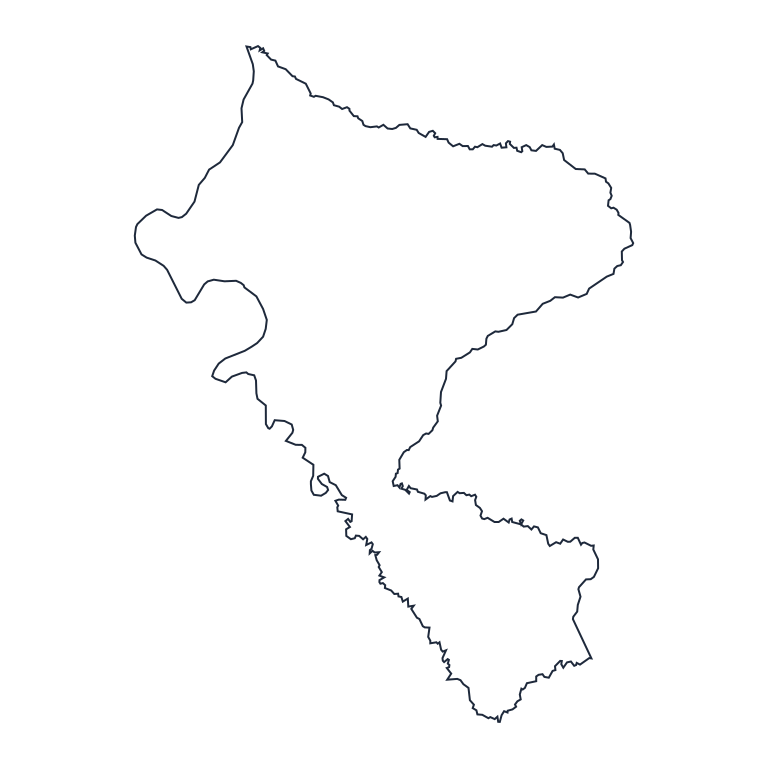 Carolina, Maranhão, Brazil (Robinson projection)
{"feature_id": "56859067B38321645183577", "entity_name": "Carolina", "entity_type": "district", "adm_level": 2, "iso_a3": "BRA", "parent_name": "Brazil", "parent_adm1": "Maranhão", "projection": "robinson", "projection_center": [-47.173, -7.453], "detail": "fine", "context": "isolated", "style": "outline", "palette": "slate", "viewbox_px": 768, "rotation_deg": 0, "n_neighbors": 0, "source": "geoboundaries", "source_scale": "gbopen_adm2", "svg_char_len": 6098}
<svg xmlns="http://www.w3.org/2000/svg" viewBox="0 0 768 768"><path d="M167.1,269.8L181.7,298.8L186.3,302.6L191.1,302.3L194.7,300.2L204.2,284.4L207.7,281.4L213.8,279.7L224.5,281.3L236.1,280.8L240.8,282.9L243.7,285.2L244.4,287.4L256.4,296.4L263.1,309.0L266.8,319.9L265.7,328.9L263.1,336.7L257.1,343.1L251.5,346.8L244.8,350.8L225.3,358.5L218.7,363.6L214.1,370.6L212.2,376.2L215.5,378.8L225.6,382.3L231.9,376.6L242.1,372.9L246.4,372.4L248.2,374.0L254.2,375.3L256.0,380.5L256.4,393.3L257.5,398.8L265.8,405.5L265.9,424.1L268.3,428.2L269.6,428.7L271.9,426.4L274.7,420.2L284.5,421.0L291.7,424.5L293.2,429.9L292.4,432.8L285.9,440.9L295.7,444.8L301.9,444.9L305.4,447.8L305.3,452.3L302.7,457.7L313.4,464.8L313.2,475.8L310.9,481.2L310.9,484.1L311.4,490.5L313.8,494.8L321.1,495.7L325.8,492.9L328.1,490.0L327.1,487.0L321.8,484.0L317.9,478.8L318.0,476.8L324.2,473.7L328.0,476.0L329.7,482.1L335.8,485.2L341.8,495.1L346.1,497.8L345.3,499.8L338.8,499.6L335.4,500.8L338.2,505.6L337.3,507.3L337.7,511.3L352.1,514.4L351.6,521.2L350.3,521.9L348.1,518.9L345.4,521.1L349.9,527.0L346.1,529.3L346.3,535.9L350.9,539.2L354.8,538.2L355.9,535.6L359.2,535.9L363.1,539.3L365.8,536.9L367.3,539.0L366.2,545.0L371.5,542.4L372.8,544.2L371.5,548.8L369.9,550.1L369.7,553.4L372.5,550.8L374.7,552.5L379.1,552.2L377.1,554.8L375.3,555.1L376.7,560.2L379.6,565.2L378.7,567.0L381.8,572.1L379.4,575.6L384.2,577.4L379.5,580.1L379.4,582.1L380.4,583.7L382.9,583.1L385.2,585.2L384.9,588.0L391.2,590.5L394.3,594.0L398.1,593.7L398.5,596.4L401.4,597.0L402.8,601.6L407.8,598.6L408.3,606.6L413.7,605.7L411.3,608.9L416.9,617.7L419.4,619.0L422.8,626.2L424.8,627.4L429.5,627.6L428.2,636.9L430.3,640.7L430.3,643.3L436.4,642.3L437.7,643.7L439.5,642.3L441.1,649.7L442.7,651.6L446.0,650.3L442.5,658.1L442.8,660.7L444.1,662.1L447.7,659.1L448.9,659.9L447.8,663.6L449.4,665.0L449.1,667.1L446.8,668.0L451.2,673.6L447.2,679.7L457.3,678.9L460.5,680.2L463.4,684.2L468.5,687.9L469.9,700.2L473.9,704.7L472.7,708.1L476.4,710.3L477.4,714.4L482.3,714.8L488.4,718.2L490.3,717.1L494.7,719.1L497.4,716.7L498.2,721.8L499.8,721.9L501.6,715.2L504.1,711.2L507.5,712.5L507.7,710.7L512.5,709.4L516.1,706.7L515.0,704.5L517.4,701.3L520.7,699.4L519.8,694.5L521.4,688.7L522.7,689.5L524.9,687.9L526.9,683.2L536.2,681.2L536.2,676.5L538.6,674.8L542.5,674.2L544.4,676.9L548.8,677.7L552.6,670.9L555.4,670.1L555.0,666.2L560.2,660.9L561.8,661.0L561.3,664.2L563.3,667.7L567.0,662.4L570.9,661.5L574.2,665.8L576.1,665.0L576.7,662.9L580.0,664.6L589.2,658.1L591.4,658.4L572.9,619.1L573.3,616.7L577.2,611.6L577.8,604.9L580.5,596.7L578.4,589.2L579.0,587.2L586.0,579.4L590.7,579.2L593.9,576.9L598.1,568.3L598.0,559.3L593.3,549.5L593.7,545.5L591.1,545.8L584.5,542.5L582.3,543.0L581.0,544.7L577.8,537.8L574.8,537.8L570.3,541.7L567.8,541.8L563.1,539.5L560.2,543.7L556.1,542.2L549.8,546.0L548.2,543.7L546.4,535.1L540.7,533.2L537.9,527.4L534.0,526.4L531.4,529.5L527.8,526.1L523.7,526.6L521.1,524.4L512.2,522.0L511.6,518.6L509.6,519.5L508.7,522.5L503.5,518.7L498.7,522.0L494.5,522.0L487.6,517.8L484.3,519.1L482.1,518.5L480.5,515.6L482.0,511.2L479.9,507.9L475.9,505.0L475.1,500.1L476.3,496.8L475.0,494.7L471.2,496.2L469.3,494.6L466.4,495.2L463.9,492.9L459.6,493.2L457.6,491.9L453.1,496.1L452.5,501.4L449.9,500.5L446.9,492.2L445.2,492.2L440.5,493.3L436.7,495.9L432.0,496.9L430.3,496.1L425.5,499.6L425.8,495.3L424.4,493.7L417.9,491.8L417.0,489.5L410.6,488.2L408.9,486.0L406.7,489.9L409.7,492.1L409.0,493.6L405.2,489.8L401.4,488.7L402.8,486.1L401.9,483.4L400.6,483.9L399.4,487.5L397.5,485.2L393.7,486.0L392.7,481.2L395.6,476.8L395.9,473.7L397.6,473.1L398.0,469.6L399.6,468.6L399.3,459.8L403.8,452.2L406.9,450.0L408.7,450.1L410.2,447.1L419.1,441.3L423.2,435.1L426.1,433.5L428.6,433.9L432.4,430.2L433.2,427.6L437.8,421.3L437.1,415.7L441.1,405.6L440.3,402.8L441.0,392.0L446.0,378.8L446.6,371.1L455.5,361.4L456.1,358.8L461.3,357.8L469.9,352.4L472.3,348.9L477.8,349.5L483.9,346.5L485.9,344.7L486.4,338.7L487.8,335.9L495.3,331.4L498.4,331.8L506.5,330.0L512.3,324.2L514.1,318.1L517.6,314.7L536.0,311.5L542.7,303.8L550.3,300.8L554.9,297.2L563.0,297.6L570.2,294.6L578.1,297.5L586.7,293.9L589.1,288.6L606.8,276.6L613.5,273.9L614.4,268.6L617.3,266.0L620.8,265.2L623.0,262.0L622.0,260.2L621.8,251.5L624.4,248.7L632.3,245.1L633.2,243.1L630.6,238.1L631.1,231.8L630.1,224.9L629.5,222.9L618.3,214.9L618.5,212.9L616.7,209.7L613.5,207.7L611.2,208.3L608.0,205.8L608.6,200.3L610.4,199.1L611.7,195.8L610.4,192.7L611.2,187.9L608.4,183.4L606.0,181.7L605.5,178.4L594.9,173.7L588.2,173.6L584.7,169.4L575.7,169.0L564.1,160.0L562.7,153.2L559.9,149.9L554.7,148.7L553.9,144.5L552.4,146.6L546.3,146.9L542.2,145.1L536.0,150.9L531.4,150.3L529.7,147.1L526.2,145.1L521.7,147.2L522.3,151.2L521.2,152.2L517.2,150.8L516.5,147.7L513.9,147.9L509.8,143.9L510.1,141.7L508.0,141.1L505.9,143.3L506.4,147.3L501.6,147.7L500.1,143.5L496.4,145.5L493.6,145.1L492.0,146.7L485.2,145.7L482.4,144.1L477.4,147.2L475.0,146.7L472.8,149.3L469.7,149.3L467.9,146.0L462.7,146.1L459.4,143.8L453.1,146.3L448.6,142.6L447.1,139.2L437.6,138.9L437.5,136.9L434.7,137.3L433.8,135.8L435.2,133.2L432.8,130.8L429.1,131.9L425.6,136.9L418.7,133.0L416.7,129.8L410.3,128.4L407.6,124.2L399.4,124.9L395.9,127.9L392.2,129.0L387.6,128.5L383.4,124.8L378.7,127.5L376.9,126.4L370.4,127.2L365.5,126.1L363.5,124.8L362.3,121.0L358.2,118.3L357.5,116.3L353.8,116.1L349.5,110.7L349.4,108.8L347.0,107.2L342.1,109.0L339.2,106.7L333.9,105.2L332.9,102.4L328.6,99.4L323.0,97.2L315.6,95.8L313.9,96.8L310.2,95.5L310.7,93.5L305.8,83.7L296.0,78.9L294.9,76.5L292.5,76.2L285.7,69.2L278.0,66.4L275.4,60.6L271.1,59.6L266.7,55.1L267.7,53.5L262.3,52.3L264.2,50.8L263.1,48.3L259.7,50.4L260.3,47.9L258.0,46.1L250.8,49.3L250.4,47.1L246.5,46.5L252.8,64.2L253.8,71.3L253.2,80.3L252.5,83.6L243.6,99.5L241.5,108.3L242.2,122.1L239.0,127.8L232.8,145.1L220.0,162.4L209.1,169.6L204.8,177.9L198.8,184.9L194.5,201.6L186.2,213.7L181.9,217.1L178.5,217.9L171.3,216.0L162.1,210.0L157.0,209.4L146.1,215.7L137.4,224.1L136.0,227.0L134.8,235.6L135.4,242.7L141.5,254.4L146.6,257.6L155.4,260.5L163.6,265.8L167.1,269.8ZM521.1,524.4L523.2,520.5L521.4,519.4L519.8,520.8L521.1,524.4Z" fill="none" stroke="#1e293b" stroke-width="2"/></svg>